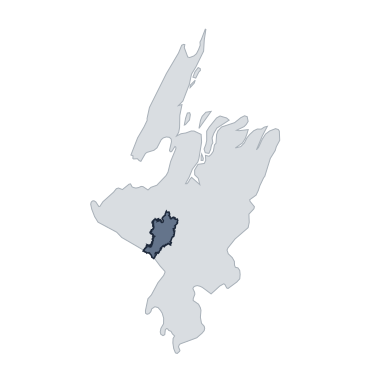 location of Mymensingh, Dhaka, Bangladesh, rotated 212°
{"feature_id": "16705992B54511139091050", "entity_name": "Mymensingh", "entity_type": "district", "adm_level": 2, "iso_a3": "BGD", "parent_name": "Bangladesh", "parent_adm1": "Dhaka", "projection": "equal_earth", "projection_center": [90.455, 24.722], "detail": "fine", "context": "in_parent", "style": "filled", "palette": "slate", "viewbox_px": 384, "rotation_deg": 212, "n_neighbors": 0, "source": "geoboundaries", "source_scale": "gbopen_adm2", "svg_char_len": 9445}
<svg xmlns="http://www.w3.org/2000/svg" viewBox="0 0 384 384"><g transform="rotate(212 192 192)"><path d="M143.4,271.1L143.4,262.0L138.6,243.9L138.8,242.0L137.8,233.3L136.6,228.5L136.0,223.3L139.0,216.0L137.8,214.8L131.3,212.6L130.6,210.6L132.0,203.4L127.4,196.6L125.5,191.5L130.6,175.0L131.9,163.5L131.5,161.3L128.5,158.8L123.1,157.7L119.3,155.6L117.1,152.4L115.3,151.1L112.9,152.0L110.0,150.8L107.5,147.6L105.5,143.7L106.3,139.4L110.3,129.3L111.7,129.0L115.1,131.0L116.4,131.0L118.6,127.0L121.8,115.7L132.6,116.6L135.2,116.3L138.0,115.4L139.4,113.9L140.3,112.1L140.0,110.5L136.7,108.4L135.4,106.8L134.5,102.3L133.5,100.6L127.0,100.3L123.6,98.3L121.7,96.4L118.5,90.2L114.4,85.7L110.5,84.6L109.0,83.1L108.2,80.8L108.7,77.4L110.7,70.9L121.5,56.9L121.8,55.3L121.4,53.5L118.3,51.3L118.1,50.2L119.0,47.2L120.8,46.8L124.5,49.5L128.2,53.8L130.4,57.7L130.5,60.7L133.4,61.3L135.9,62.7L138.4,62.3L140.1,63.0L141.2,62.8L141.6,61.0L139.5,56.6L140.5,54.8L143.0,54.8L144.8,56.5L146.1,59.9L146.3,65.2L149.2,70.0L153.0,73.4L156.0,74.9L159.6,76.0L162.7,75.0L164.2,71.6L163.5,68.6L164.0,66.0L165.3,64.5L167.2,64.6L168.6,66.7L172.8,78.1L171.9,83.2L172.8,97.1L171.8,106.3L172.4,109.8L173.1,110.4L179.5,112.2L188.7,115.8L195.7,117.2L227.5,116.2L234.5,118.0L255.7,116.6L261.5,119.5L267.9,124.3L271.4,127.9L272.1,129.9L271.7,131.6L270.5,132.6L268.3,132.6L263.3,130.3L262.5,131.0L262.4,136.5L258.4,150.4L257.9,154.7L256.5,156.4L252.3,157.2L249.5,165.3L248.4,166.3L245.6,164.6L243.9,164.8L241.7,165.6L239.6,167.5L238.1,169.8L236.4,170.6L230.4,170.4L229.3,174.2L225.4,179.1L222.7,192.2L222.9,196.2L226.3,206.6L228.6,220.1L229.5,221.5L230.6,221.6L230.7,215.4L231.8,214.6L233.1,215.3L236.0,223.7L237.6,225.8L240.1,226.4L242.9,225.1L245.0,222.7L245.8,220.0L245.1,210.9L246.4,207.2L251.2,201.7L251.9,200.0L251.6,190.9L253.4,190.6L255.9,191.3L259.0,189.1L259.9,189.1L261.2,191.4L263.4,191.0L266.8,209.1L267.2,221.9L268.0,229.0L269.1,230.6L272.9,241.2L276.5,278.9L277.1,302.8L278.5,311.0L277.3,312.8L276.2,313.2L275.0,310.3L267.1,304.2L265.2,304.8L262.5,308.4L261.5,311.7L261.9,316.3L262.8,320.8L264.7,323.4L264.9,326.3L267.0,337.1L266.4,337.2L262.1,327.3L256.8,317.6L255.0,300.3L254.9,291.8L251.3,281.8L247.9,264.3L249.3,258.1L246.8,260.8L242.9,250.4L236.7,240.1L234.9,235.6L234.8,231.2L232.2,235.6L228.6,238.7L224.9,243.4L222.5,244.8L214.8,245.7L210.3,239.4L203.9,224.1L203.0,220.6L203.8,211.6L202.3,203.1L201.9,195.6L200.7,196.3L200.3,198.4L200.5,201.5L200.1,204.2L189.3,202.4L193.9,206.9L198.8,208.0L201.4,212.0L201.6,218.6L196.7,222.7L197.1,226.1L200.0,230.2L196.5,231.3L195.6,234.0L195.5,237.9L197.9,243.8L197.5,246.1L201.6,253.8L202.4,257.6L201.4,262.8L192.6,273.4L190.0,280.9L187.8,284.5L185.1,285.1L181.8,281.6L181.8,277.9L182.5,275.0L187.0,267.9L184.6,268.9L177.4,274.7L176.1,270.0L175.2,265.6L175.2,260.3L178.6,252.3L174.7,256.3L173.6,261.3L174.1,267.1L173.6,271.3L172.1,276.7L170.0,280.0L166.6,282.0L165.1,285.3L162.9,287.6L162.1,276.7L159.7,261.9L159.2,265.1L160.4,274.2L160.3,280.2L158.5,284.9L154.7,290.0L151.9,290.7L150.2,289.9L145.0,282.3L144.5,275.1L143.4,271.1ZM208.5,271.3L201.9,273.1L198.6,272.6L204.8,259.3L204.6,253.4L203.6,248.5L200.4,244.7L200.3,241.9L198.8,238.1L198.1,233.7L201.6,232.3L204.5,234.8L205.5,239.8L206.9,243.6L211.8,251.4L211.8,256.1L210.4,267.8L208.5,271.3ZM222.5,267.0L218.5,270.5L219.8,249.6L222.8,257.4L223.5,261.6L222.5,267.0ZM237.8,256.5L236.0,258.0L234.4,256.7L232.3,251.8L233.3,245.6L234.0,244.7L236.5,251.1L237.8,256.5ZM252.7,300.8L250.4,301.0L249.3,299.5L249.8,297.4L249.2,290.6L252.1,289.9L253.2,295.6L252.7,300.8ZM250.1,281.7L248.5,288.5L247.8,285.5L248.9,279.5L250.1,281.7ZM203.3,227.3L204.0,229.4L200.3,226.6L199.4,224.6L201.0,223.6L203.3,227.3Z" fill="#d9dde1" stroke="#a8b0b8" stroke-width="1"/><path d="M203.6,162.2L203.6,161.6L203.3,161.1L203.2,159.8L202.7,158.3L202.4,158.1L202.7,157.4L202.9,157.2L203.0,156.3L203.2,156.2L203.3,155.8L203.2,155.5L203.4,154.8L203.4,154.2L203.1,153.8L203.2,153.6L203.0,153.3L202.4,153.2L201.7,152.8L201.2,152.7L201.1,152.3L200.9,152.1L200.7,151.0L201.1,150.7L201.1,150.4L201.3,150.2L201.9,150.1L202.3,150.3L202.3,150.5L202.9,151.1L203.1,151.0L203.1,151.3L203.5,151.2L203.6,151.4L203.9,151.4L204.1,151.7L204.6,151.7L204.8,151.3L204.6,151.0L204.8,151.0L204.9,150.6L204.8,150.4L204.8,150.0L204.9,149.9L205.0,149.6L205.4,149.5L205.6,149.2L205.6,150.1L205.8,150.0L205.8,150.3L206.0,150.5L206.1,151.1L206.3,151.5L206.8,150.8L206.8,150.6L207.0,150.1L207.1,149.6L207.4,149.9L207.6,149.4L208.1,149.6L208.4,149.5L209.0,149.7L208.9,149.1L209.1,149.1L209.2,148.7L209.4,148.5L209.3,148.0L209.4,147.7L209.5,147.8L209.4,148.1L209.5,148.0L209.6,147.7L209.7,147.1L209.6,146.8L209.7,146.5L209.9,146.4L210.0,146.0L209.9,145.7L209.8,146.0L209.4,145.7L209.5,145.9L209.5,146.0L209.2,146.1L209.1,146.3L208.9,146.2L209.0,145.9L208.8,146.0L208.8,145.8L208.9,145.7L209.0,145.3L209.0,144.8L208.6,144.7L208.3,144.2L208.3,144.5L208.2,144.6L207.6,144.5L207.7,143.7L207.6,143.2L207.1,143.2L207.0,142.6L206.6,142.6L206.6,142.4L206.3,142.6L205.6,141.7L205.5,141.3L205.6,140.8L205.7,140.7L205.8,140.4L205.6,140.0L205.3,140.1L205.3,139.4L205.5,139.3L205.8,138.6L206.1,138.7L206.4,138.5L206.3,137.9L206.0,137.9L206.0,137.4L205.3,137.1L205.3,136.5L205.4,136.3L205.7,136.4L205.8,136.7L206.2,136.6L206.3,136.3L206.3,136.1L206.1,135.9L205.7,135.7L205.9,135.2L205.5,135.1L205.2,134.9L204.6,135.0L204.4,134.9L204.3,135.1L203.5,135.5L203.2,135.1L202.6,135.3L202.5,134.9L202.1,134.8L202.0,134.3L201.7,134.6L201.5,134.4L201.0,134.5L201.0,134.1L200.9,133.9L200.6,134.4L200.3,134.5L200.4,134.2L200.9,133.8L201.1,133.2L201.3,133.3L201.3,133.0L200.9,132.8L200.7,133.1L200.6,132.9L200.5,133.0L200.2,132.9L200.2,132.7L200.6,132.6L200.5,132.3L200.7,132.2L200.5,131.5L200.7,131.4L200.5,131.2L200.5,130.8L199.5,130.8L199.3,130.5L199.2,130.3L199.4,130.1L199.4,129.8L199.5,129.7L199.4,129.3L199.2,129.2L199.3,128.9L199.2,128.7L199.4,128.4L199.6,128.4L199.6,128.2L199.4,128.2L198.9,127.9L199.1,127.8L199.1,127.4L198.9,127.7L198.6,127.8L198.6,127.6L198.4,127.5L198.5,127.0L198.6,126.4L198.8,126.1L198.6,126.2L198.4,125.7L198.1,125.8L198.2,125.3L198.1,125.2L197.7,124.9L197.8,124.6L198.1,124.2L197.9,124.0L197.8,123.7L198.0,123.5L198.2,124.2L198.3,124.1L198.4,123.6L198.6,123.9L198.9,123.6L199.2,124.2L199.4,124.5L199.7,124.3L199.7,123.9L199.3,123.7L199.2,123.4L199.3,123.3L199.7,123.4L199.8,123.0L200.3,123.3L200.6,123.2L200.8,123.3L201.2,123.7L201.4,123.4L201.6,123.7L202.0,123.6L201.8,123.5L202.0,123.4L201.8,123.2L201.8,122.9L202.0,122.7L201.9,122.5L202.2,122.4L202.1,122.1L201.9,122.0L201.9,121.8L202.0,121.8L202.0,121.6L201.8,121.4L201.6,121.5L201.6,121.8L201.3,122.1L201.3,121.4L201.5,121.2L201.2,120.9L201.7,120.4L201.6,120.2L201.8,119.9L201.7,119.6L201.8,119.5L201.7,119.4L201.8,119.1L202.0,119.0L201.9,118.9L202.1,118.6L201.9,118.0L202.1,117.8L202.1,117.5L202.3,117.1L202.2,116.6L202.2,116.4L202.1,116.1L201.9,116.3L201.2,116.2L201.2,116.4L200.9,116.3L200.8,116.5L200.6,116.4L200.0,116.5L199.9,116.3L198.7,116.5L198.3,116.3L198.3,116.6L197.9,116.5L197.4,117.0L196.1,117.4L196.1,117.8L195.8,117.8L194.9,117.5L194.4,117.1L193.1,116.9L192.3,116.2L191.6,115.4L191.1,115.4L190.9,115.6L189.3,115.2L189.1,115.4L189.2,115.8L189.0,116.6L189.0,117.0L189.1,117.3L189.4,117.7L189.4,118.2L189.2,118.3L189.1,119.6L189.1,119.8L189.1,120.1L189.7,120.4L190.0,120.9L190.4,120.5L190.4,120.8L190.7,120.8L190.7,121.1L190.4,121.0L189.9,121.1L190.0,121.8L189.8,122.0L189.6,122.2L189.4,122.4L189.2,122.5L188.9,121.9L188.7,121.9L188.6,122.2L188.5,122.5L188.2,122.4L188.2,122.6L188.0,122.9L188.1,123.3L188.0,123.8L188.3,124.1L188.3,124.6L188.2,125.5L188.1,125.9L187.8,126.3L187.8,126.5L188.1,126.8L188.2,126.6L188.4,126.7L188.3,126.9L188.8,127.2L188.9,127.7L188.6,127.8L188.1,127.6L188.0,127.8L188.1,128.2L188.1,128.4L188.5,128.8L188.3,129.8L188.2,130.0L188.2,130.4L188.2,130.7L187.6,131.0L186.6,130.8L186.6,131.0L186.8,131.1L186.8,131.3L186.5,131.4L186.4,131.8L186.1,131.8L186.7,131.8L186.6,132.0L186.8,132.1L186.3,132.3L186.3,132.5L186.3,132.9L186.0,133.1L186.2,133.5L186.4,133.6L186.2,133.8L186.0,133.7L185.6,133.7L185.2,134.4L185.3,134.6L185.2,134.9L185.2,135.4L184.9,135.4L184.7,135.6L184.5,136.1L184.4,136.1L184.3,135.9L183.9,135.6L183.6,135.6L183.5,135.9L183.2,135.9L182.6,135.6L182.1,135.7L182.7,136.6L182.7,137.2L183.0,137.2L182.8,137.2L182.9,137.4L182.6,137.5L182.6,137.8L182.7,138.2L184.1,138.1L184.3,138.3L184.0,139.2L184.3,140.0L184.2,140.5L184.5,141.0L184.6,141.5L184.6,142.0L184.8,142.6L184.8,143.3L184.7,143.9L184.4,144.2L184.2,144.2L184.1,144.9L184.0,145.2L184.3,145.6L184.5,146.3L184.9,146.3L184.8,146.7L185.0,147.6L185.3,148.2L185.6,148.2L185.6,148.3L185.8,149.2L186.0,148.9L186.3,148.9L186.5,149.4L187.1,149.6L186.9,150.0L187.0,150.2L187.3,150.1L187.6,150.5L187.8,150.9L188.0,150.9L188.1,150.7L188.4,151.0L187.7,151.6L187.6,152.0L187.2,152.0L187.2,152.6L187.5,152.7L187.5,153.4L187.9,154.1L188.3,154.4L188.6,154.3L187.8,157.7L188.0,158.3L188.6,158.4L188.5,158.8L188.9,159.7L188.9,160.2L189.2,160.6L189.8,160.7L190.1,161.2L191.4,160.1L191.9,160.4L192.3,160.4L192.4,160.1L192.7,160.1L192.6,160.7L192.8,160.8L192.8,161.0L193.4,160.8L193.5,160.6L193.8,160.7L194.0,161.0L194.3,160.9L194.6,160.2L195.0,159.7L195.2,159.8L195.3,159.6L195.2,158.6L195.8,158.0L196.4,158.1L196.9,158.6L197.0,158.9L197.4,159.1L197.5,159.4L197.8,159.3L198.4,159.5L198.8,159.9L199.1,159.9L198.8,160.7L199.7,161.4L199.6,161.8L200.3,162.3L200.7,162.8L201.0,162.8L201.8,161.9L202.5,161.7L202.9,161.7L203.6,162.2Z" fill="#64748b" stroke="#1e293b" stroke-width="1.5"/></g></svg>